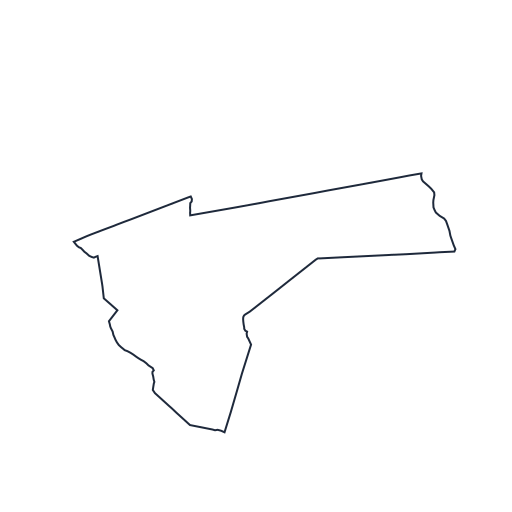 the district of Santa Quitéria do Maranhão, Maranhão, Brazil, rotated 311°
{"feature_id": "56859067B9226579866055", "entity_name": "Santa Quitéria do Maranhão", "entity_type": "district", "adm_level": 2, "iso_a3": "BRA", "parent_name": "Brazil", "parent_adm1": "Maranhão", "projection": "equal_earth", "projection_center": [-42.899, -3.344], "detail": "fine", "context": "isolated", "style": "outline", "palette": "slate", "viewbox_px": 512, "rotation_deg": 311, "n_neighbors": 0, "source": "geoboundaries", "source_scale": "gbopen_adm2", "svg_char_len": 1932}
<svg xmlns="http://www.w3.org/2000/svg" viewBox="0 0 512 512"><g transform="rotate(311 256 256)"><path d="M185.9,310.4L187.7,306.4L188.7,304.2L189.2,302.3L191.2,299.9L193.1,298.9L192.6,297.0L193.3,294.9L194.5,293.8L196.3,291.5L198.2,289.4L199.9,287.7L201.5,286.5L203.2,286.0L204.7,286.2L209.9,287.8L241.1,293.8L255.5,296.5L259.8,297.3L292.4,303.5L294.7,304.2L296.0,305.7L311.6,321.9L318.6,329.2L343.9,355.6L346.0,357.7L348.1,360.0L356.2,368.5L376.0,388.8L379.3,392.1L389.5,402.8L392.0,402.0L393.8,398.2L397.6,391.5L398.9,389.3L401.9,385.5L405.2,379.8L407.1,376.4L407.7,373.4L406.8,368.2L406.8,363.2L407.9,360.5L409.1,358.1L412.6,354.7L414.6,353.2L419.0,350.7L420.9,348.7L421.7,344.2L421.9,340.7L421.9,333.1L422.6,330.8L424.8,328.0L426.9,326.7L423.1,323.6L417.6,319.1L409.7,312.9L394.1,300.5L391.1,298.1L375.2,285.4L352.4,267.1L341.6,258.6L305.7,229.8L300.3,225.6L278.6,208.2L243.5,179.7L245.4,177.9L246.9,176.8L249.2,174.5L250.8,173.3L252.8,171.7L254.9,171.7L256.9,170.3L258.1,167.7L255.6,166.3L252.6,164.7L231.0,153.2L201.3,137.4L195.5,134.2L188.2,130.3L185.4,128.9L179.0,125.4L174.2,122.8L164.1,117.4L159.8,115.2L147.2,109.2L146.7,111.9L146.3,114.1L146.4,116.6L147.1,118.6L146.9,121.2L146.6,123.7L146.8,126.4L146.7,130.0L147.5,132.7L148.4,134.7L150.0,135.4L152.0,136.5L134.1,158.0L132.3,160.1L124.2,168.9L124.1,187.0L110.3,187.8L108.4,190.7L107.2,192.2L106.3,193.9L104.9,197.4L102.9,200.1L101.6,202.9L100.7,204.7L99.6,207.6L98.8,210.8L98.7,214.1L98.8,216.5L98.8,218.7L99.8,221.3L100.6,224.7L101.1,228.0L101.4,231.7L101.7,234.2L102.2,237.2L102.9,240.2L103.1,243.7L102.9,246.6L103.2,248.7L103.6,251.6L102.6,253.9L100.6,253.9L99.3,255.0L97.6,257.5L95.6,259.9L94.3,261.9L92.8,262.5L89.9,264.3L87.2,266.0L86.2,269.7L85.8,288.5L85.8,292.0L85.5,298.9L85.1,317.1L94.1,332.8L96.5,337.0L97.6,339.4L99.6,341.0L101.2,344.2L102.3,347.9L121.6,339.4L142.0,330.0L158.1,322.5L185.9,310.4Z" fill="none" stroke="#1e293b" stroke-width="2"/></g></svg>